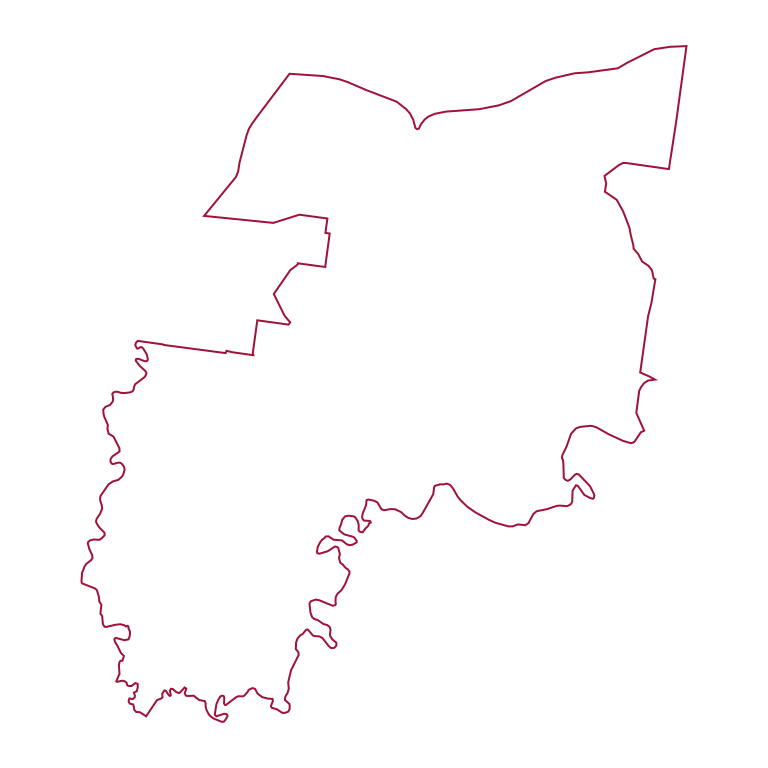 the district of Banyule, Victoria, Australia
{"feature_id": "25037944B35750934340746", "entity_name": "Banyule", "entity_type": "district", "adm_level": 2, "iso_a3": "AUS", "parent_name": "Australia", "parent_adm1": "Victoria", "projection": "albers", "projection_center": [145.061, -37.734], "detail": "fine", "context": "isolated", "style": "outline", "palette": "rose", "viewbox_px": 768, "rotation_deg": 0, "n_neighbors": 0, "source": "geoboundaries", "source_scale": "gbopen_adm2", "svg_char_len": 6090}
<svg xmlns="http://www.w3.org/2000/svg" viewBox="0 0 768 768"><path d="M644.2,430.7L636.3,412.9L639.2,390.8L641.1,387.1L644.0,383.2L647.9,380.6L655.0,379.6L649.4,376.5L640.2,372.5L648.1,316.2L651.4,303.0L655.4,279.2L653.7,278.6L651.9,270.1L648.6,265.9L642.1,261.5L638.3,254.2L633.6,248.7L633.4,245.6L630.8,235.2L629.5,227.9L623.2,211.5L616.7,199.8L604.9,191.7L606.2,183.7L604.5,175.9L618.7,165.2L623.0,163.0L626.2,163.0L668.9,169.1L676.2,121.5L686.5,46.1L670.2,46.8L654.2,49.2L627.7,62.5L617.7,68.3L588.4,72.3L574.6,73.3L556.2,77.5L545.9,80.9L510.7,101.2L498.6,105.4L479.2,109.2L446.0,111.6L434.8,113.8L428.4,116.6L424.8,119.4L421.0,124.1L418.9,128.6L417.1,129.2L415.4,127.9L413.2,119.6L410.1,113.6L406.1,109.1L396.7,101.7L366.3,90.1L348.0,82.2L339.5,79.3L322.7,76.0L289.5,73.8L256.9,117.0L252.1,123.6L248.9,128.9L246.7,134.9L239.5,162.7L238.2,171.3L236.0,176.9L204.1,215.9L273.3,222.9L299.4,214.7L327.4,218.5L325.4,232.9L329.7,233.5L325.2,267.0L297.8,263.3L297.7,264.5L290.3,270.1L273.8,294.0L284.5,315.6L290.2,322.4L288.5,324.6L257.3,320.3L252.8,353.1L253.4,355.2L232.1,352.2L226.5,350.8L225.6,353.1L163.4,344.9L163.0,344.4L137.7,340.9L135.8,343.0L135.3,345.3L137.0,348.5L138.1,348.5L140.5,347.1L141.7,347.1L143.5,349.0L146.6,354.1L147.7,358.1L147.7,360.1L146.7,361.2L144.6,361.2L138.5,358.8L136.3,359.0L135.9,359.4L135.8,360.8L140.0,366.1L145.5,371.2L146.3,372.6L146.4,373.8L145.0,376.6L143.9,377.6L135.1,384.3L133.9,387.2L133.7,389.6L132.5,391.3L130.1,392.4L123.9,393.1L120.8,392.8L117.7,391.8L115.0,391.8L113.5,392.5L112.3,394.0L112.9,396.7L113.1,399.6L112.6,401.8L109.9,405.0L105.4,406.9L103.2,409.7L103.6,414.1L104.3,416.9L107.9,425.1L107.4,428.6L108.6,433.7L113.5,436.6L119.4,448.2L119.5,451.5L112.4,456.4L110.5,459.3L110.5,461.7L111.7,463.6L112.8,464.1L118.4,462.6L120.4,462.8L122.2,464.2L124.2,467.1L124.6,469.8L123.1,474.8L122.1,476.5L118.3,479.9L113.1,481.3L108.6,484.3L100.5,496.0L100.1,498.3L100.2,500.6L101.7,505.0L102.2,508.5L100.1,513.7L96.6,518.9L96.0,521.5L96.7,523.4L99.2,527.4L104.0,532.2L104.6,533.1L104.6,535.3L101.6,538.4L99.3,539.8L93.6,539.5L90.2,540.3L88.2,542.0L87.8,543.5L89.4,549.2L92.2,555.2L92.5,558.0L91.0,560.2L86.2,564.0L84.6,566.4L82.0,573.0L81.5,581.7L81.8,582.9L82.6,583.6L95.1,588.5L96.9,590.2L98.7,596.1L99.4,601.7L101.4,604.8L100.4,613.6L102.2,616.1L102.8,623.4L103.5,625.3L104.7,626.8L106.5,626.9L114.7,624.9L120.3,624.2L124.4,625.3L125.9,626.5L127.4,625.8L128.5,626.5L128.4,628.2L129.9,631.4L130.0,633.3L129.6,636.7L128.4,639.4L124.5,640.2L115.7,637.9L114.7,638.5L114.3,639.7L115.3,642.5L117.2,645.4L120.9,652.9L123.9,655.9L122.4,660.8L120.5,660.8L119.4,662.3L118.9,665.4L119.5,673.8L116.3,681.3L117.1,681.9L121.9,680.7L124.6,681.2L126.5,682.6L127.3,685.3L128.7,686.0L131.6,686.0L135.4,683.0L137.7,684.0L137.7,687.6L136.8,691.2L133.9,692.6L134.9,695.5L134.7,697.4L132.7,699.1L129.4,698.5L128.7,700.6L128.7,701.8L129.8,703.6L133.3,704.5L134.3,709.8L136.1,711.9L140.1,712.3L146.1,716.3L157.0,700.1L161.0,698.6L162.5,697.5L162.2,693.8L164.4,690.4L166.0,691.0L168.6,695.0L169.8,696.0L170.8,695.2L169.9,690.6L170.9,688.8L172.8,689.0L176.1,692.0L178.9,693.1L180.1,692.4L184.6,687.5L186.3,688.6L184.7,693.2L185.8,695.6L187.8,696.0L193.7,695.7L199.3,700.1L204.7,701.0L205.7,703.4L205.5,705.9L206.3,709.5L208.7,714.2L210.0,715.8L213.1,718.3L222.0,721.9L224.0,721.5L225.4,719.8L227.5,716.3L227.2,714.7L226.1,714.0L224.0,713.8L216.4,716.3L215.0,714.9L214.9,713.8L216.4,704.2L218.5,699.4L220.4,696.4L222.4,695.6L223.8,696.2L224.3,697.9L224.0,703.4L224.9,704.9L225.9,705.0L236.1,697.2L238.4,696.2L242.4,696.4L244.1,695.8L247.4,692.2L248.8,689.8L252.3,688.1L255.0,688.8L257.6,693.6L262.2,697.1L267.8,698.6L272.5,698.9L272.9,700.9L270.9,706.1L271.8,707.8L276.7,709.2L282.4,712.9L285.2,712.8L288.1,711.7L289.6,709.3L289.7,705.6L289.3,703.9L285.0,700.0L284.9,698.2L285.6,696.1L287.5,693.1L288.8,688.8L288.2,682.3L291.0,670.4L298.6,655.1L298.4,652.2L295.8,649.1L296.1,642.5L297.6,638.3L300.2,635.4L302.9,633.8L305.7,630.2L306.5,629.6L308.0,629.6L312.8,635.4L314.3,636.0L319.6,636.5L322.5,638.1L328.6,645.9L330.6,647.8L332.8,648.2L334.3,647.8L336.0,646.1L336.4,644.9L336.3,642.7L332.2,639.2L330.4,636.4L330.0,635.0L330.5,629.5L329.7,627.0L327.3,625.1L323.2,623.9L317.8,620.1L314.4,619.0L312.2,617.3L310.5,612.7L309.5,603.7L310.1,602.2L311.2,601.1L315.8,599.6L319.4,600.3L332.9,605.8L335.2,605.1L335.8,604.2L335.5,601.1L335.7,597.4L336.6,595.3L337.7,593.6L341.7,589.9L345.2,584.0L349.4,573.5L349.5,571.5L348.0,569.5L345.3,567.6L343.1,564.9L340.2,562.7L339.0,557.8L339.9,554.1L338.2,547.9L337.2,547.0L335.0,546.5L327.8,551.2L319.5,553.7L317.3,553.2L316.9,551.7L317.8,546.7L320.4,541.9L322.5,539.3L324.1,538.4L325.8,536.5L328.5,536.3L333.6,539.7L342.0,540.4L347.0,544.4L349.7,545.2L352.7,544.6L356.7,542.4L356.7,540.9L354.4,537.6L352.7,536.7L344.3,534.4L339.3,530.4L339.5,527.9L341.1,524.3L342.1,520.0L345.0,516.4L348.9,515.7L354.0,516.5L355.3,517.3L357.6,520.9L358.7,524.7L358.6,530.4L360.2,532.0L362.7,532.3L365.3,528.6L368.4,525.6L369.0,523.4L370.8,522.5L370.2,521.2L369.1,520.9L364.0,520.6L362.5,518.8L362.1,517.1L362.7,513.5L366.0,505.4L366.6,500.1L368.4,499.5L374.3,500.8L377.3,502.3L381.5,509.4L384.6,510.2L390.3,509.1L395.0,509.2L400.9,512.0L405.0,515.8L408.3,517.9L412.3,519.0L416.5,518.5L420.4,516.3L422.1,514.0L430.5,499.1L433.2,494.2L434.1,487.5L434.8,485.9L440.1,484.3L443.5,484.4L446.8,483.6L450.1,484.9L453.1,488.6L457.8,496.8L460.6,500.3L467.4,506.8L475.6,512.5L488.9,519.8L495.5,522.8L508.5,526.4L512.7,526.4L518.0,524.4L525.3,525.2L528.4,523.2L533.4,513.9L536.7,511.2L547.2,509.1L556.6,505.9L560.0,505.6L567.0,506.2L569.8,504.9L571.0,503.9L572.2,501.6L572.6,490.7L576.0,485.3L577.9,485.9L584.3,494.9L589.9,497.9L592.2,498.6L593.1,498.7L594.0,497.7L594.3,495.6L593.9,493.9L590.1,486.3L578.9,474.5L576.6,473.9L575.2,474.5L570.4,479.4L567.8,480.8L565.9,480.1L563.8,478.1L563.4,464.3L563.0,460.1L562.1,458.3L562.0,457.0L562.4,455.0L566.5,446.7L571.1,433.7L576.0,428.4L580.0,426.9L590.6,425.8L593.7,426.4L596.6,427.4L608.6,434.2L623.1,440.9L631.0,443.2L633.4,442.5L634.9,441.2L640.8,432.3L644.2,430.7Z" fill="none" stroke="#9f1239" stroke-width="2"/></svg>